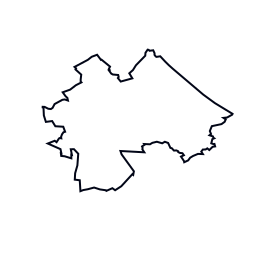 Celbridge Lea-4, Kildare, Ireland (Equal Earth projection), rotated 33°
{"feature_id": "5873133B70404185317284", "entity_name": "Celbridge Lea-4", "entity_type": "district", "adm_level": 2, "iso_a3": "IRL", "parent_name": "Ireland", "parent_adm1": "Kildare", "projection": "equal_earth", "projection_center": [-6.548, 53.32], "detail": "fine", "context": "isolated", "style": "outline", "palette": "ink", "viewbox_px": 256, "rotation_deg": 33, "n_neighbors": 0, "source": "geoboundaries", "source_scale": "gbopen_adm2", "svg_char_len": 1942}
<svg xmlns="http://www.w3.org/2000/svg" viewBox="0 0 256 256"><g transform="rotate(33 128 128)"><path d="M197.8,116.0L200.8,111.6L205.0,109.1L202.3,107.9L202.5,105.3L204.8,103.7L205.6,101.9L208.2,102.2L209.2,97.7L211.1,96.0L209.2,94.3L208.6,94.9L206.2,95.5L204.8,91.4L205.9,89.7L205.0,89.7L203.8,88.8L200.3,89.7L200.9,87.8L198.3,86.0L197.3,80.8L204.3,73.8L205.7,70.2L205.3,67.6L202.6,67.5L205.4,65.2L208.1,60.1L208.0,59.2L187.3,59.8L172.9,59.0L133.3,53.9L128.1,53.1L123.2,52.1L116.0,50.3L113.2,52.8L112.3,52.9L110.4,52.2L109.5,50.8L106.8,49.1L104.0,51.5L102.8,51.2L101.8,51.6L101.7,55.4L103.1,58.0L100.5,71.1L100.6,76.7L99.3,81.4L104.6,84.0L96.6,93.0L92.3,91.6L92.4,90.3L90.9,88.9L86.1,91.4L84.3,91.5L80.4,90.0L80.9,89.3L79.8,88.9L79.5,86.3L68.5,85.1L68.2,85.6L62.2,83.4L58.8,88.0L57.2,92.7L49.9,105.9L52.0,106.3L52.1,107.5L59.7,108.7L61.9,113.1L63.0,114.8L64.1,115.1L61.0,120.5L58.6,127.3L53.8,133.6L58.2,135.3L60.8,135.8L62.7,137.7L59.4,138.5L57.6,140.1L53.4,147.9L53.8,152.2L53.0,154.1L50.6,155.3L46.6,155.7L44.9,156.7L45.2,157.2L46.0,156.9L50.6,163.3L55.8,167.6L60.6,163.5L66.1,166.1L73.0,162.2L77.3,165.4L76.2,166.7L76.1,169.2L76.7,171.9L77.7,173.0L76.2,173.6L75.8,174.4L75.8,178.8L73.5,178.6L69.2,184.7L82.9,182.5L86.0,185.6L85.5,185.8L87.2,187.8L90.3,186.2L97.0,184.3L95.0,181.3L95.6,181.1L91.6,177.0L94.2,175.2L100.3,176.7L105.9,186.9L108.3,194.7L111.5,200.3L116.0,198.1L122.5,206.9L124.3,204.4L127.7,201.2L132.0,196.4L137.9,194.8L143.5,192.2L144.1,192.5L147.7,187.0L151.1,187.2L154.1,180.5L156.8,164.4L157.9,164.5L156.5,161.1L137.0,153.6L134.2,151.4L154.9,139.5L151.7,138.1L151.0,136.6L149.8,135.8L151.2,132.7L150.5,132.5L155.3,129.7L156.5,127.2L159.7,123.8L165.0,122.2L166.4,119.5L169.8,118.7L174.4,121.6L175.7,121.1L178.8,121.9L180.9,120.4L182.7,120.2L183.2,120.8L184.9,120.7L187.4,119.5L189.7,120.4L188.0,123.1L192.9,125.2L193.8,126.1L196.1,122.4L196.3,119.1L197.8,116.0Z" fill="none" stroke="#020617" stroke-width="2"/></g></svg>